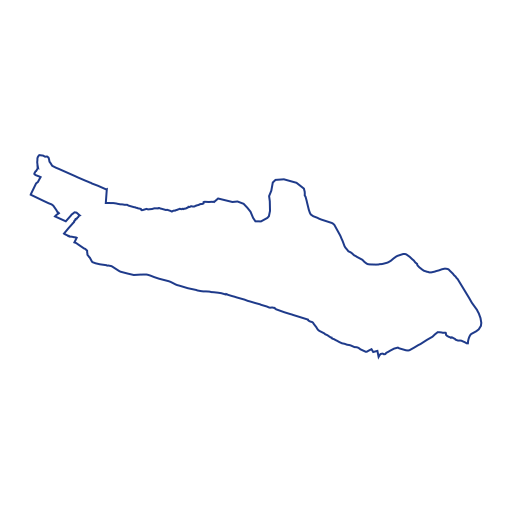 outline of Bralostita, Dolj, Romania
{"feature_id": "2599482B80334443229392", "entity_name": "Bralostita", "entity_type": "district", "adm_level": 2, "iso_a3": "ROU", "parent_name": "Romania", "parent_adm1": "Dolj", "projection": "mercator", "projection_center": [23.509, 44.502], "detail": "fine", "context": "isolated", "style": "outline", "palette": "blue", "viewbox_px": 512, "rotation_deg": 0, "n_neighbors": 0, "source": "geoboundaries", "source_scale": "gbopen_adm2", "svg_char_len": 5981}
<svg xmlns="http://www.w3.org/2000/svg" viewBox="0 0 512 512"><path d="M467.9,343.3L468.1,340.9L468.6,338.9L469.0,337.7L469.4,336.7L469.8,335.9L470.4,334.9L470.7,334.5L471.4,333.9L476.2,331.3L478.7,329.4L480.9,325.9L481.3,322.9L480.5,318.1L478.8,313.4L477.7,311.4L477.0,309.9L471.8,302.7L469.2,298.1L457.6,279.0L456.7,278.2L455.5,276.5L454.1,275.3L452.9,273.7L449.7,270.6L448.9,269.7L448.4,269.3L447.1,268.9L445.7,268.7L444.5,268.7L441.8,269.3L438.9,270.4L436.1,271.1L434.8,271.6L431.2,272.4L429.3,272.4L428.0,271.9L427.6,271.9L426.7,271.7L426.3,271.5L424.7,271.0L423.6,270.6L423.1,270.2L421.8,269.3L420.6,268.3L419.4,267.4L417.6,265.5L417.2,264.7L417.1,264.1L417.1,263.9L415.3,262.5L413.8,260.5L412.2,259.2L409.7,256.8L406.3,254.4L405.0,254.0L403.2,254.0L401.3,254.6L397.4,255.9L396.1,256.6L393.5,258.5L390.8,260.8L388.2,262.3L386.9,262.8L382.7,263.9L381.4,264.1L380.0,264.1L378.4,264.5L375.9,264.6L369.6,264.4L367.7,264.1L367.2,263.9L366.1,263.2L364.4,261.9L362.4,259.8L356.6,256.7L355.8,256.1L354.1,255.3L352.5,253.8L352.1,253.4L350.6,252.3L348.4,251.3L347.0,249.5L346.9,249.4L345.3,247.5L344.5,246.1L342.6,241.0L341.5,238.6L340.7,236.6L340.1,235.3L334.3,224.8L332.8,223.5L331.9,223.0L321.4,219.6L319.1,218.7L317.4,217.8L313.2,216.2L310.8,214.5L309.9,212.9L308.8,209.7L307.2,203.2L306.6,200.6L306.0,198.4L305.6,196.9L304.7,195.3L304.8,194.0L304.7,191.8L303.9,188.6L296.5,182.8L283.9,179.3L275.5,179.9L272.8,182.5L271.3,190.7L269.1,196.1L269.8,201.3L270.0,210.9L268.9,216.2L267.4,217.9L261.0,221.4L255.4,221.3L253.1,217.9L250.5,211.7L247.3,207.7L243.6,203.8L237.5,201.5L232.4,202.0L218.1,198.5L214.1,202.0L213.5,201.7L212.9,201.9L211.7,201.8L208.9,202.0L204.9,201.8L204.1,201.9L203.6,202.1L203.5,203.4L202.7,203.8L201.9,204.0L200.2,204.1L200.0,204.3L199.0,204.7L198.8,204.9L196.4,205.5L196.2,205.7L195.5,205.8L194.8,206.3L194.2,206.5L192.6,206.5L191.1,206.2L189.8,206.9L189.4,207.0L188.5,206.8L188.3,207.3L187.7,207.5L187.3,207.8L186.8,207.9L186.6,208.2L186.0,208.4L184.9,208.7L184.2,208.7L183.6,209.1L182.8,208.8L182.4,208.8L182.1,209.1L181.6,209.2L180.4,209.0L180.0,208.8L179.6,208.8L178.9,209.2L177.3,209.7L176.9,210.0L176.2,210.0L175.5,210.5L174.8,210.5L174.2,210.7L173.9,210.6L172.5,211.1L172.0,211.5L171.7,211.5L170.5,210.9L167.2,209.8L165.9,210.0L161.3,208.7L160.6,208.6L159.1,208.0L158.3,208.1L158.1,208.4L154.4,208.3L152.1,209.0L148.1,209.4L146.5,208.9L142.9,210.0L141.8,210.2L141.2,209.8L141.1,209.4L140.8,208.9L139.0,208.5L138.1,208.4L137.1,207.9L136.4,207.9L135.1,207.3L134.1,207.2L128.5,205.6L127.8,205.2L127.4,204.9L127.1,204.8L124.6,204.8L122.5,204.4L120.0,204.3L119.7,204.2L117.5,203.8L116.4,203.5L113.6,203.1L108.3,203.0L105.8,203.0L106.8,189.2L106.3,189.4L105.7,189.2L97.8,185.7L91.9,183.5L90.8,182.8L89.7,182.5L88.7,182.0L85.0,180.5L77.8,177.4L74.8,176.0L58.8,168.9L55.9,167.7L52.2,165.8L50.6,163.2L49.5,161.7L49.0,159.1L48.5,157.6L47.5,156.8L47.0,156.5L45.1,156.7L44.5,156.4L43.1,155.6L40.7,155.3L39.6,155.1L38.9,155.4L37.8,157.1L37.5,158.0L37.4,158.7L37.4,160.0L37.2,162.2L37.5,164.9L38.0,167.5L37.6,167.2L37.7,168.4L36.1,171.1L35.8,171.2L35.5,171.4L34.4,173.4L34.3,173.9L35.3,174.9L35.9,175.2L39.3,176.5L40.6,177.1L39.1,179.7L37.9,182.0L36.1,183.4L30.8,194.3L30.7,194.7L43.8,201.0L48.5,203.2L51.6,204.4L53.3,205.7L56.3,210.0L57.9,212.8L58.4,212.6L58.9,213.2L57.0,214.5L55.7,215.6L55.0,216.4L65.8,221.3L71.1,215.3L71.6,214.5L72.3,214.1L74.3,212.5L74.7,212.3L76.1,212.6L76.5,212.6L79.7,215.4L79.4,215.5L78.9,215.9L78.1,217.2L77.7,217.4L77.2,217.9L77.0,218.4L76.6,218.8L75.7,218.9L75.5,219.1L75.4,220.0L74.8,220.3L74.5,221.0L74.1,221.3L74.2,221.7L74.1,222.0L73.8,222.3L73.2,223.0L72.7,223.3L72.6,223.6L68.4,228.3L64.0,233.6L64.5,234.0L67.4,235.4L67.9,235.7L68.1,236.0L68.4,236.2L68.5,236.2L68.8,235.9L69.2,236.1L69.3,236.4L69.9,236.7L70.9,236.6L72.8,236.9L74.2,237.3L74.5,237.2L76.1,237.5L76.7,237.8L74.4,242.4L75.9,242.9L84.1,248.5L85.2,248.9L85.6,249.2L85.9,249.6L87.1,250.6L87.2,252.8L87.4,253.4L87.4,254.5L87.5,254.8L87.7,255.2L88.3,255.8L89.2,257.1L89.8,257.6L92.0,261.7L92.6,262.2L95.6,263.3L99.9,264.3L106.4,265.2L107.1,265.6L107.7,265.6L108.2,265.5L110.9,266.0L111.6,266.2L112.6,266.8L119.1,271.0L120.5,271.7L127.8,273.6L133.8,275.0L140.3,274.6L146.4,274.5L148.2,274.9L150.4,275.6L154.2,277.1L159.0,278.7L168.7,281.2L170.6,281.9L173.4,283.3L175.7,284.5L177.2,285.1L179.2,285.6L187.8,288.2L196.3,290.0L196.7,290.2L197.6,290.5L200.9,291.1L203.3,291.4L205.9,291.4L209.4,291.6L211.5,292.1L213.5,292.2L218.0,292.7L221.3,293.2L225.8,294.5L226.1,294.0L227.2,294.4L227.9,294.8L232.2,296.1L234.5,296.7L236.6,297.4L244.5,299.6L247.8,300.9L249.8,301.4L255.5,303.1L260.0,304.3L261.0,304.8L266.8,306.5L269.1,307.5L270.3,307.7L271.5,307.5L272.6,307.5L273.8,307.9L274.6,307.9L275.0,308.5L276.1,309.3L284.5,312.3L289.7,313.9L292.2,314.6L292.9,314.9L299.7,317.0L308.0,319.6L308.1,320.2L309.0,320.9L310.2,321.5L312.2,322.1L312.9,322.6L313.2,323.0L313.9,324.1L316.4,327.3L317.0,328.4L317.9,329.7L319.2,330.8L324.3,333.4L324.7,333.8L325.1,334.2L327.4,335.2L329.4,336.6L330.8,337.5L331.3,337.6L331.6,337.6L331.9,338.3L332.3,338.6L334.3,339.3L335.4,340.0L337.1,340.8L339.2,342.0L342.0,343.3L344.6,343.8L347.0,344.7L349.6,345.1L350.6,345.4L354.5,347.1L356.4,347.2L357.6,347.5L358.7,348.0L360.4,349.3L365.8,351.8L366.8,351.7L369.1,350.4L370.5,349.7L371.5,349.2L373.2,352.0L377.4,350.9L378.6,356.9L379.3,355.7L380.1,354.5L380.6,354.0L382.4,353.6L383.4,353.9L383.7,354.2L384.9,354.2L385.5,353.9L385.9,353.2L386.9,352.5L388.3,351.8L390.1,350.7L394.1,348.6L397.9,347.6L399.1,348.3L406.0,350.3L408.1,350.5L409.5,350.2L414.0,347.7L418.3,345.1L420.4,344.1L426.9,339.9L432.5,336.7L435.0,334.3L437.7,332.2L440.1,332.3L441.7,332.5L442.8,332.8L445.3,332.7L445.7,332.8L445.9,333.2L446.0,334.8L447.1,335.9L448.7,336.8L449.9,337.2L450.9,337.8L451.2,337.4L451.7,337.3L452.5,337.6L453.3,338.1L454.9,338.9L455.4,339.3L455.6,339.7L456.7,340.1L457.8,340.5L458.9,340.6L459.8,340.5L461.4,340.7L463.8,341.8L464.4,342.0L466.7,343.3L467.9,343.3Z" fill="none" stroke="#1e3a8a" stroke-width="2"/></svg>